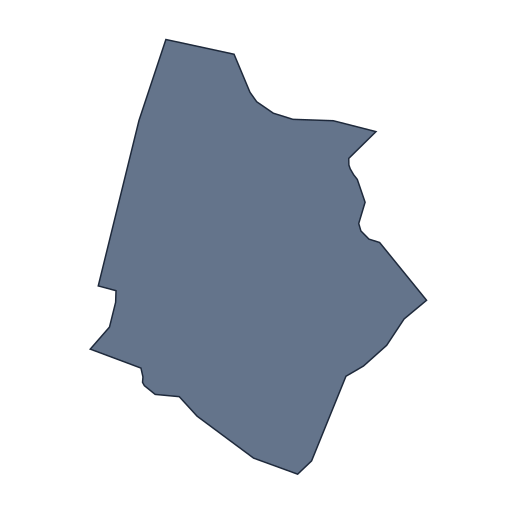 outline of Slovenj Gradec, rotated 88°
{"feature_id": "SVN-991", "entity_name": "Slovenj Gradec", "entity_type": "Statistical Region", "adm_level": 1, "iso_a3": "SVN", "parent_name": "Slovenia", "parent_adm1": "", "projection": "robinson", "projection_center": [15.077, 46.496], "detail": "fine", "context": "isolated", "style": "filled", "palette": "slate", "viewbox_px": 512, "rotation_deg": 88, "n_neighbors": 0, "source": "natural_earth", "source_scale": "10m", "svg_char_len": 645}
<svg xmlns="http://www.w3.org/2000/svg" viewBox="0 0 512 512"><g transform="rotate(88 256 256)"><path d="M53.6,270.9L92.2,256.3L101.9,249.9L113.9,233.7L120.7,214.4L123.5,174.1L135.9,131.8L161.7,159.9L168.3,160.0L172.2,158.8L178.2,155.6L183.0,152.1L206.1,145.1L227.1,152.2L234.6,150.3L243.1,142.5L246.8,132.0L306.2,87.1L324.1,110.2L349.8,128.5L369.7,152.4L379.3,170.3L462.7,207.6L475.5,222.0L457.9,265.5L414.1,320.4L393.9,337.6L390.8,361.6L381.7,372.1L378.3,373.8L372.9,373.2L364.0,374.9L343.3,424.9L321.9,404.9L297.4,397.9L285.8,397.1L280.4,414.7L116.4,368.2L36.5,338.5L53.6,270.9Z" fill="#64748b" stroke="#1e293b" stroke-width="1.5"/></g></svg>